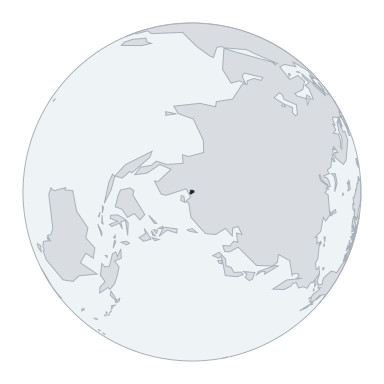 Lạng Sơn highlighted on a globe, orthographic projection, rotated 100°
{"feature_id": "VNM-454", "entity_name": "Lạng Sơn", "entity_type": "Province", "adm_level": 1, "iso_a3": "VNM", "parent_name": "Vietnam", "parent_adm1": "", "projection": "orthographic", "projection_center": [106.647, 21.903], "detail": "fine", "context": "on_globe", "style": "filled", "palette": "slate", "viewbox_px": 384, "rotation_deg": 100, "n_neighbors": 0, "source": "natural_earth", "source_scale": "10m", "svg_char_len": 11452}
<svg xmlns="http://www.w3.org/2000/svg" viewBox="0 0 384 384"><g transform="rotate(100 192 192)"><circle cx="192" cy="192" r="169" fill="#eef3f6" stroke="#a8b0b8"/><path d="M347.6,252.7L347.3,253.8L347.2,254.0L347.6,252.7ZM275.1,44.9L269.8,42.6L270.9,46.5L276.8,50.9L271.2,47.8L286.1,59.0L290.3,65.4L282.2,56.4L278.7,54.2L279.8,57.3L276.5,55.8L275.1,56.6L271.1,54.7L266.6,50.1L263.9,49.0L264.9,51.3L261.4,51.3L260.4,47.9L254.2,47.7L245.6,41.1L246.3,35.5L238.1,32.1L229.8,27.6L227.1,27.2L222.3,25.9L217.4,25.1L217.2,25.0L213.5,24.5L214.6,24.9L213.3,24.9L210.6,24.6L209.9,24.2L211.1,24.3L209.5,24.1L210.3,24.1L208.4,23.9L207.9,23.8L219.6,25.3L231.2,27.7L242.6,30.8L253.7,34.7L264.6,39.4L275.1,44.9ZM207.4,23.7L204.3,23.6L200.4,23.3L200.8,23.3L207.4,23.7ZM350.0,132.2L350.4,133.2L349.1,130.0L349.4,130.6L350.0,132.2ZM348.6,128.9L349.0,129.8L348.8,129.2L348.6,128.9ZM348.6,129.0L348.6,128.9L348.8,129.4L348.6,129.0ZM348.8,129.7L348.6,129.2L348.7,129.4L348.8,129.7ZM348.4,129.6L348.0,128.7L348.4,129.6ZM279.7,47.6L278.2,46.8L276.3,45.6L278.6,46.9L279.7,47.6ZM281.8,54.7L280.8,53.1L282.9,55.3L281.8,54.7ZM275.7,57.1L277.0,58.1L275.7,58.2L275.7,57.1ZM268.3,55.4L265.8,55.4L267.6,54.6L268.3,55.4ZM263.9,54.9L258.0,55.4L260.5,57.6L250.1,52.2L258.6,53.2L260.3,51.7L261.3,53.6L263.9,54.9ZM216.1,25.1L214.9,24.7L218.5,25.4L216.1,25.1ZM218.8,25.6L231.7,28.4L232.2,29.2L227.8,27.9L230.5,29.4L224.4,28.4L221.5,27.3L222.4,26.9L219.4,26.9L218.8,25.6ZM245.3,49.3L243.2,49.0L244.6,48.5L245.3,49.3ZM213.1,25.0L215.7,25.3L216.3,26.0L211.2,25.4L212.7,25.3L213.1,25.0ZM234.2,30.5L233.8,31.1L228.7,30.3L227.8,30.5L224.3,28.4L234.2,30.5ZM211.1,25.1L208.7,25.1L205.9,24.7L210.6,24.7L211.1,25.1ZM218.6,26.4L218.6,26.8L216.9,26.4L218.6,26.4ZM194.5,23.6L197.6,23.7L198.2,24.0L194.5,23.6ZM207.9,25.2L208.9,25.4L209.5,25.6L207.3,25.6L207.9,25.2ZM220.9,28.2L218.9,27.8L222.1,28.9L218.5,28.6L216.7,27.4L215.9,27.8L214.8,27.8L214.7,26.9L220.9,28.2ZM206.9,26.3L203.5,25.1L197.6,24.7L197.0,24.3L206.4,25.1L206.9,26.3ZM211.5,26.7L208.5,26.3L209.2,25.9L211.6,25.9L211.5,26.7ZM216.6,29.0L222.7,29.7L222.8,30.0L216.6,29.0ZM205.1,26.2L206.0,26.5L204.6,26.2L205.1,26.2ZM212.9,28.1L215.0,28.3L215.2,28.6L212.9,28.1ZM205.9,27.2L204.8,26.7L206.4,26.6L205.9,27.2ZM209.0,27.7L208.7,28.1L207.7,26.9L209.9,27.7L209.0,27.7ZM212.7,28.4L213.5,28.6L211.8,28.3L212.7,28.4ZM200.4,28.0L198.7,26.6L202.3,26.3L203.5,27.7L200.4,28.0ZM60.5,85.9L58.7,90.7L57.5,93.0L52.4,99.1L46.2,115.3L50.6,111.5L50.3,123.1L53.5,127.3L64.2,115.3L58.9,108.0L63.4,100.4L71.9,100.7L77.3,107.9L79.2,105.3L80.2,95.9L86.0,93.2L81.1,92.4L79.7,95.9L76.6,95.7L77.7,92.6L79.7,91.6L79.4,88.7L69.9,94.8L67.4,99.1L63.8,95.7L59.3,102.7L56.7,104.1L63.2,93.0L66.0,90.0L74.3,77.0L71.0,79.7L63.0,92.4L63.4,90.5L58.8,95.0L62.7,90.1L72.3,76.3L72.0,74.2L64.8,80.8L78.8,66.5L76.5,69.0L80.3,65.8L88.0,59.2L86.0,61.3L88.6,59.3L87.5,61.0L92.7,58.8L92.7,60.4L101.2,55.5L102.3,55.9L96.9,58.5L93.2,61.5L93.8,66.4L95.9,66.2L101.3,62.8L100.8,65.0L106.0,61.1L109.6,63.0L109.6,57.8L116.1,54.5L121.7,53.8L123.8,52.0L114.7,53.2L111.0,54.7L107.8,57.3L97.8,61.4L96.2,60.7L106.7,53.5L105.6,52.0L114.2,47.6L133.8,45.8L138.6,47.7L133.0,57.2L128.2,58.3L127.8,55.2L122.2,60.9L125.5,59.0L125.1,61.1L131.1,59.1L131.1,60.4L136.9,56.5L137.6,57.9L133.9,60.4L143.4,59.5L146.5,62.4L148.6,61.6L150.1,59.9L153.1,65.1L154.5,64.3L154.1,62.2L156.7,59.5L162.5,56.8L163.3,58.7L161.3,59.9L158.2,65.7L152.7,69.1L153.6,69.7L158.5,67.2L162.3,60.1L165.6,58.0L164.5,61.2L165.1,59.9L167.0,59.5L169.5,61.0L171.0,57.5L190.6,52.3L197.4,55.3L194.2,58.3L208.6,58.4L215.2,62.8L214.8,60.8L221.4,60.1L219.4,58.6L219.7,57.6L235.8,56.5L240.2,58.1L246.7,56.4L246.5,55.5L243.6,54.1L250.1,52.2L260.5,57.6L260.4,59.3L266.9,62.0L265.9,65.7L268.0,70.4L263.0,73.7L265.2,77.6L267.5,78.2L272.1,84.4L273.6,95.6L262.2,83.4L257.9,68.4L258.8,73.9L255.5,72.0L254.0,73.7L254.8,78.0L256.8,78.9L242.5,84.0L238.5,96.0L246.2,95.7L250.9,99.8L253.1,115.7L238.3,137.0L244.5,144.7L244.8,149.6L239.3,152.4L238.7,145.2L233.2,142.4L233.7,138.2L224.7,141.1L225.0,135.3L217.9,140.8L220.5,145.6L228.3,144.8L222.0,152.7L229.8,161.4L230.6,171.5L217.0,188.7L203.4,193.3L202.5,196.5L197.1,192.5L189.9,198.3L199.7,216.8L199.4,222.0L187.7,230.9L187.4,227.1L173.3,216.6L170.4,228.5L181.2,239.5L184.9,251.4L176.5,247.1L172.8,236.6L167.8,232.5L169.3,222.1L165.4,205.8L157.0,207.8L157.7,201.5L151.1,187.4L139.1,189.8L119.9,203.4L117.1,219.2L110.6,224.8L103.3,199.6L104.0,183.6L98.8,183.7L93.4,168.1L76.7,161.0L76.6,156.4L72.9,156.9L69.5,150.6L70.1,143.3L67.0,142.1L65.8,161.3L69.4,162.8L75.6,158.4L74.3,164.7L78.0,172.4L65.9,183.2L44.9,185.5L46.6,173.2L50.2,135.4L52.2,132.4L52.4,132.0L52.6,131.3L49.1,135.8L51.0,128.8L45.0,153.5L42.3,163.2L44.5,186.0L43.4,187.2L45.2,192.7L55.8,194.2L55.0,198.0L47.7,212.9L36.5,228.9L40.2,246.3L43.1,259.6L40.9,263.5L46.0,274.6L45.6,275.6L48.9,281.4L50.9,284.9L44.7,274.8L39.3,264.3L34.6,253.4L30.7,242.3L27.6,230.8L25.2,219.2L23.8,207.5L23.1,195.7L23.2,183.8L24.2,172.0L26.0,160.3L28.7,148.8L32.1,137.5L36.3,126.4L41.3,115.7L47.0,105.3L53.4,95.3L60.5,85.9ZM79.1,123.3L84.9,127.6L89.0,117.6L91.6,118.6L92.0,115.0L89.3,116.9L91.4,107.6L96.3,107.0L99.0,103.2L97.2,101.6L87.9,104.4L84.8,117.4L80.6,119.9L79.1,123.3ZM103.9,48.6L101.3,50.4L98.5,52.0L98.6,51.3L102.7,48.9L103.9,48.6ZM98.4,52.8L108.8,46.5L109.2,47.1L107.2,47.7L106.4,48.8L103.0,50.1L93.2,57.4L90.0,59.3L91.9,56.2L93.0,56.0L95.5,54.0L98.4,52.8ZM134.8,33.7L139.3,32.2L134.2,35.3L130.6,36.4L130.5,35.5L134.7,33.6L134.8,33.7ZM195.3,23.1L194.8,23.1L194.6,23.1L195.3,23.1ZM192.0,23.0L197.6,23.3L207.0,23.9L206.9,24.3L204.4,24.4L202.2,24.3L202.9,24.0L199.4,24.1L198.7,23.6L195.9,23.7L185.3,23.2L187.1,23.1L183.3,23.3L192.0,23.0ZM169.7,24.5L170.3,24.4L169.8,24.8L173.2,24.3L173.9,24.4L171.0,24.7L176.0,24.3L175.8,24.5L181.2,25.0L188.6,24.7L190.7,25.1L187.8,25.3L192.0,25.6L187.9,26.4L189.3,26.8L186.7,28.2L180.2,28.9L182.3,29.3L180.4,30.7L175.0,31.6L176.8,30.3L169.6,32.4L168.9,31.1L168.1,31.5L165.5,31.0L160.9,31.1L161.3,30.4L159.4,30.8L157.6,30.7L155.0,31.1L154.9,30.2L151.8,30.6L153.6,30.0L148.2,31.1L152.1,29.9L150.2,29.9L147.4,31.1L153.2,27.6L169.7,24.5ZM199.5,28.4L191.8,28.9L187.7,28.6L193.9,26.3L193.2,25.8L197.1,24.8L203.0,25.4L201.3,25.6L201.1,26.0L199.3,25.6L200.6,26.2L198.4,26.5L198.7,27.1L196.1,27.1L199.5,28.4ZM59.4,91.7L59.1,92.9L59.3,94.0L56.4,97.1L59.4,91.7ZM65.8,82.2L66.0,82.6L62.0,87.0L62.4,86.0L65.8,82.2ZM69.4,79.2L66.3,82.3L68.2,80.0L69.4,79.2ZM97.5,58.8L98.1,59.2L96.8,60.2L94.9,61.0L97.5,58.8ZM153.4,39.5L155.1,38.3L156.1,38.4L161.8,36.6L162.8,37.7L159.8,39.2L153.4,39.5ZM61.4,116.3L58.5,117.6L58.9,115.7L59.8,115.6L61.4,116.3ZM55.8,106.8L55.5,110.6L55.1,107.6L55.8,106.8ZM155.5,40.4L157.7,39.5L156.8,40.6L155.5,40.4ZM163.8,38.4L163.3,39.6L163.6,37.6L163.8,38.4ZM123.7,342.6L127.2,344.4L125.0,343.8L123.7,342.6ZM56.6,267.0L59.9,287.1L56.0,284.5L52.0,277.0L48.5,264.0L51.9,263.0L52.7,257.9L56.6,267.0ZM227.6,278.8L232.6,279.3L232.4,280.0L227.6,278.8ZM222.3,276.4L228.1,276.6L221.2,277.9L222.3,276.4ZM230.3,276.6L236.3,275.2L238.8,274.0L238.3,275.4L230.3,276.6ZM218.3,276.4L196.8,275.6L188.2,273.3L190.3,270.8L204.0,272.1L218.3,276.4ZM189.6,270.7L176.6,262.3L158.9,238.5L165.2,239.6L183.7,254.7L182.5,256.9L190.4,263.3L189.6,270.7ZM221.1,258.1L219.8,265.0L207.9,264.1L202.5,262.8L198.8,253.8L200.9,249.4L205.3,249.7L222.5,234.6L228.5,238.5L223.2,245.0L228.1,251.1L221.1,258.1ZM117.7,220.8L121.0,231.1L117.5,231.9L117.7,220.8ZM229.5,223.7L222.5,230.5L228.9,221.3L229.5,223.7ZM233.2,214.9L233.7,218.5L230.8,215.1L233.2,214.9ZM202.3,201.4L197.6,202.0L197.5,199.4L203.5,197.2L202.3,201.4ZM231.1,180.1L231.1,187.5L230.2,190.0L228.0,185.5L231.1,180.1ZM167.0,51.5L158.0,52.4L152.1,54.6L149.8,57.7L149.2,54.0L158.2,50.7L167.0,51.5ZM187.6,51.8L189.5,49.6L191.3,50.6L191.1,51.3L187.6,51.8ZM186.9,50.4L184.4,47.7L187.2,46.5L188.6,48.8L186.9,50.4ZM169.6,43.1L166.9,43.2L167.7,42.2L169.6,43.1ZM308.1,314.5L308.5,314.3L303.7,318.8L297.6,323.8L293.3,327.0L308.1,314.5ZM269.7,335.3L271.0,331.8L276.9,330.2L273.2,333.9L269.7,335.3ZM312.2,310.6L316.5,305.9L319.6,301.5L317.4,305.0L319.1,303.4L309.5,313.4L312.2,310.6ZM252.2,322.7L219.3,332.6L212.4,331.7L214.7,328.2L209.7,317.2L212.0,317.5L211.3,309.7L231.0,302.3L245.4,288.3L255.7,288.6L263.9,278.0L274.3,277.7L270.8,285.9L281.0,289.7L289.3,271.2L294.2,288.8L300.7,293.6L300.9,303.8L284.1,323.7L275.8,328.4L274.8,327.3L271.2,329.5L266.4,329.7L265.0,324.9L261.4,327.0L265.4,322.4L259.9,326.7L258.0,323.5L252.2,322.7ZM325.6,277.8L326.8,277.8L328.2,279.9L326.3,280.2L325.6,277.8ZM344.5,258.4L344.6,259.4L343.5,260.6L344.5,258.4ZM347.2,254.0L345.9,255.6L347.6,252.7L347.2,254.0ZM333.5,264.7L334.0,265.6L333.4,266.2L333.5,264.7ZM333.1,264.5L334.0,262.4L333.7,264.3L333.1,264.5ZM328.0,256.9L328.9,255.7L329.2,256.3L328.0,256.9ZM240.1,279.2L247.2,273.8L251.1,273.2L240.1,279.2ZM327.0,255.2L325.0,255.7L325.3,254.6L327.0,255.2ZM327.3,252.8L327.1,251.4L328.2,254.4L327.3,252.8ZM323.5,250.7L325.9,252.6L323.2,251.1L323.5,250.7ZM322.0,251.5L320.2,250.8L320.4,250.3L322.0,251.5ZM300.6,258.1L307.5,265.3L301.7,266.2L295.3,262.0L290.0,267.7L278.0,268.4L280.9,265.0L279.3,260.4L266.8,259.6L264.2,256.6L268.8,254.2L260.4,252.2L269.6,250.1L273.3,256.3L278.5,250.8L287.2,251.1L295.6,252.2L302.2,255.9L300.6,258.1ZM269.5,264.4L271.1,264.3L269.6,266.3L269.5,264.4ZM316.8,248.2L319.4,250.6L319.1,251.5L317.8,251.3L316.8,248.2ZM303.8,254.5L310.9,247.9L312.6,247.7L307.8,254.6L303.8,254.5ZM309.3,244.8L312.5,244.9L314.2,247.6L313.5,248.5L309.3,244.8ZM250.7,259.6L250.3,261.4L247.9,260.1L250.7,259.6ZM253.8,258.4L261.1,259.9L253.1,259.9L253.8,258.4ZM231.5,252.6L233.7,256.9L240.5,254.1L235.3,258.1L239.9,265.0L238.3,267.7L233.8,260.2L232.1,268.0L229.0,267.9L227.4,261.2L230.5,252.9L233.5,249.5L245.9,247.8L231.5,252.6ZM253.8,253.1L251.9,248.2L253.3,244.7L255.4,247.3L253.8,253.1ZM246.1,236.2L240.8,230.4L236.2,232.7L245.6,224.2L249.0,231.2L246.1,236.2ZM241.5,223.2L237.2,225.3L241.6,220.4L241.5,223.2ZM236.0,223.4L235.5,219.2L238.9,219.7L236.0,223.4ZM243.8,223.4L244.6,216.3L246.4,220.4L243.8,223.4ZM233.8,209.9L241.4,216.7L231.6,213.8L230.9,200.2L235.1,199.9L233.8,209.9ZM255.1,154.8L254.0,151.0L257.6,150.1L257.4,152.9L255.1,154.8ZM268.5,144.7L258.2,148.6L249.8,152.3L252.6,154.0L251.0,160.5L246.6,154.5L252.3,147.3L258.7,145.8L259.4,140.4L263.9,136.7L262.4,130.1L264.2,127.2L267.6,132.9L268.5,144.7ZM261.4,127.4L260.4,116.1L267.5,117.5L269.3,120.3L266.8,124.8L263.2,123.7L261.4,127.4ZM262.2,113.9L258.8,112.9L250.0,97.1L249.9,94.3L260.3,106.3L257.6,106.2L258.5,110.0L262.2,113.9ZM244.1,50.0L243.3,49.0L245.2,49.9L244.1,50.0ZM218.5,56.9L219.2,55.7L221.3,56.5L218.5,56.9ZM222.4,53.0L219.5,52.9L222.3,52.2L222.4,53.0ZM213.0,53.1L218.2,52.5L213.7,54.2L213.0,53.1Z" fill="#d9dde1" stroke="#a8b0b8" stroke-width="1"/><path d="M191.7,190.5L191.8,190.8L192.0,190.8L192.0,191.1L192.0,191.3L192.1,191.5L192.0,191.8L192.2,191.7L192.3,191.7L192.3,191.8L192.5,191.8L192.7,192.0L192.8,192.0L192.8,191.9L193.0,191.9L193.0,192.0L192.9,192.2L193.0,192.3L193.4,192.6L193.5,192.6L193.8,192.6L193.9,192.8L193.6,193.0L193.7,193.3L193.6,193.5L193.3,193.6L193.2,193.6L193.0,193.4L192.9,193.4L192.7,193.3L192.7,193.2L192.5,192.9L192.4,192.9L192.4,193.0L192.2,193.0L192.1,192.9L191.9,192.9L191.7,193.0L191.6,193.3L191.4,193.4L191.3,193.5L191.2,193.4L190.9,193.2L190.7,193.2L190.8,192.8L190.9,192.7L190.7,192.3L190.6,192.2L190.5,191.9L190.6,191.6L190.7,191.4L190.8,191.4L190.9,191.1L190.9,190.9L190.8,190.6L190.9,190.4L191.0,190.4L191.2,190.6L191.3,190.6L191.5,190.6L191.7,190.5Z" fill="#64748b" stroke="#1e293b" stroke-width="1.5"/></g></svg>